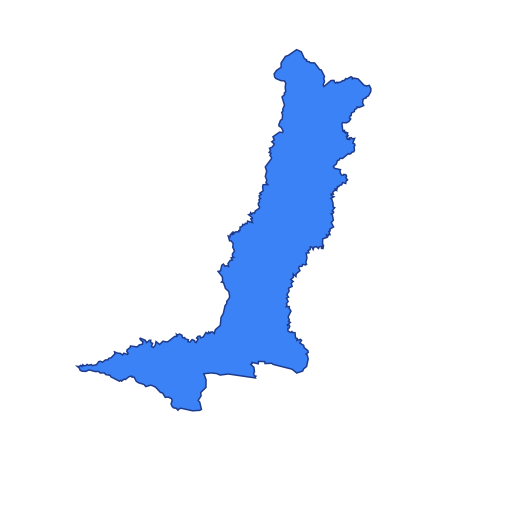 the district of Fundación, Magdalena, Colombia, rotated 312°
{"feature_id": "7082276B77818351082127", "entity_name": "Fundación", "entity_type": "district", "adm_level": 2, "iso_a3": "COL", "parent_name": "Colombia", "parent_adm1": "Magdalena", "projection": "mercator", "projection_center": [-73.904, 10.46], "detail": "fine", "context": "isolated", "style": "filled", "palette": "blue", "viewbox_px": 512, "rotation_deg": 312, "n_neighbors": 0, "source": "geoboundaries", "source_scale": "gbopen_adm2", "svg_char_len": 6100}
<svg xmlns="http://www.w3.org/2000/svg" viewBox="0 0 512 512"><g transform="rotate(312 256 256)"><path d="M207.7,367.5L214.4,363.7L216.6,360.5L216.6,358.8L219.3,359.3L220.4,357.8L220.1,353.2L221.5,351.1L220.6,346.8L223.8,346.3L223.8,344.8L220.6,342.9L222.3,341.9L221.6,340.2L225.1,336.3L223.5,334.2L223.9,333.2L222.2,332.9L221.7,329.9L223.6,328.1L224.5,328.8L226.4,328.1L226.9,326.6L225.4,326.0L225.7,325.4L229.6,325.9L229.2,323.8L230.8,323.6L232.1,320.7L238.5,318.8L239.3,315.6L240.7,314.6L238.5,312.4L240.1,312.0L241.0,310.5L243.7,310.3L245.1,306.8L247.2,307.7L247.9,304.8L252.1,304.1L253.8,301.7L257.6,303.2L259.4,300.3L262.0,300.7L261.7,297.5L265.1,298.0L267.5,295.7L267.4,299.4L269.7,297.8L274.5,298.5L275.6,295.8L277.2,295.1L279.0,297.1L281.0,296.3L282.6,298.9L283.7,299.1L284.3,297.5L288.6,295.2L291.8,291.3L293.8,293.2L294.8,291.1L297.0,291.9L299.0,290.3L300.0,291.2L299.1,294.1L301.2,293.1L303.3,294.5L303.4,297.4L305.1,296.8L307.3,298.6L305.5,299.6L306.4,300.8L309.1,299.0L309.1,297.8L313.3,294.1L317.6,296.4L318.8,294.4L319.3,296.1L320.4,295.5L321.4,296.7L323.0,293.7L324.3,294.3L325.4,292.9L329.5,294.2L331.2,289.6L334.4,289.5L337.7,285.1L337.6,283.7L339.8,284.7L340.8,284.1L340.5,282.4L344.6,282.1L344.0,280.6L346.7,278.0L348.9,274.4L348.9,273.1L352.2,274.2L351.4,271.6L352.1,270.4L353.7,272.1L354.6,270.4L357.5,270.5L358.5,271.9L358.9,270.0L360.0,271.4L362.1,270.0L362.7,271.0L364.9,271.0L366.2,272.1L368.6,271.2L369.9,274.1L372.2,272.7L373.5,272.8L373.7,273.8L374.3,270.3L376.0,269.9L376.5,268.2L375.3,266.6L374.6,267.0L373.5,266.0L373.8,263.6L375.5,261.3L376.7,261.0L373.7,255.7L374.3,253.6L378.2,254.1L381.5,252.6L382.7,253.5L384.8,253.1L386.5,255.1L393.9,256.1L394.0,257.1L395.5,258.0L397.0,257.7L398.9,258.9L400.4,258.5L402.9,255.7L404.4,255.5L405.2,254.4L404.8,252.3L409.4,250.6L407.5,249.1L407.7,247.6L406.1,246.6L405.3,247.8L404.6,246.8L405.7,246.3L403.9,245.7L404.8,244.2L405.9,244.1L405.7,243.2L407.1,243.9L407.3,242.3L408.8,241.9L408.1,239.8L407.2,240.1L407.3,238.5L408.5,237.7L408.0,237.2L407.2,237.8L406.9,237.0L411.8,231.3L413.1,231.1L415.4,234.0L417.9,235.0L421.2,234.7L421.1,233.0L423.1,232.3L424.0,232.8L426.2,231.2L429.2,232.4L431.0,231.3L433.0,232.2L434.5,231.4L435.3,233.2L439.9,235.4L441.2,232.6L444.5,230.6L447.1,232.1L448.0,231.6L450.3,232.4L454.9,231.3L457.2,229.5L458.6,226.0L456.2,224.3L455.2,221.9L455.9,213.4L453.8,209.8L452.1,209.1L453.1,208.2L452.8,206.6L448.5,205.2L448.0,204.0L445.3,204.2L444.5,203.1L441.0,202.2L440.7,201.3L439.2,200.9L439.3,199.8L437.8,199.4L437.7,198.0L438.7,196.5L436.6,194.3L427.4,193.1L428.1,191.4L431.6,190.1L433.1,187.7L435.2,186.8L437.9,180.0L437.1,178.4L438.7,170.4L435.8,166.9L436.0,165.6L434.6,163.2L435.7,162.3L435.0,160.0L438.1,153.0L436.5,148.1L426.7,145.8L424.0,144.3L416.2,145.5L413.0,148.4L407.7,147.1L403.5,147.6L401.5,150.1L401.2,152.0L403.0,157.2L405.2,160.0L404.3,162.5L400.9,164.8L398.0,168.1L396.0,168.0L395.2,169.2L391.6,168.9L387.2,176.2L382.9,177.7L382.1,178.9L379.8,179.1L378.7,181.3L375.2,183.9L373.2,183.4L368.9,185.1L368.0,186.1L368.4,188.6L367.1,192.5L365.6,193.1L363.8,190.6L355.9,188.8L354.6,191.9L351.4,191.3L351.5,194.8L347.5,195.1L345.1,193.9L344.2,196.1L341.7,196.5L342.4,198.4L340.0,199.1L339.7,201.6L338.2,202.4L328.4,203.3L326.2,207.2L321.3,209.7L319.6,213.3L317.1,214.3L317.0,217.0L313.8,213.6L311.8,214.6L309.3,217.7L305.1,216.8L305.2,218.7L302.9,218.0L301.6,219.7L301.8,220.9L299.7,220.6L298.5,222.4L296.6,222.5L295.2,224.1L295.1,225.6L293.6,226.5L288.9,225.3L287.0,226.3L286.1,224.9L284.3,224.8L284.6,223.0L283.1,223.7L281.8,222.9L282.0,227.6L281.3,228.4L280.2,227.3L278.5,231.0L276.3,226.4L274.1,227.7L273.1,226.2L271.4,226.6L270.7,225.0L268.4,225.9L266.8,224.8L264.3,226.9L263.4,226.2L262.6,227.0L260.0,224.5L258.8,224.6L258.4,222.8L256.8,222.7L257.8,224.3L256.9,224.6L254.7,222.6L252.9,223.8L252.3,222.0L249.6,226.2L250.6,227.4L250.0,230.7L246.9,232.9L245.4,236.6L241.6,237.2L239.9,239.0L240.1,240.3L238.0,238.8L237.1,241.1L235.4,239.8L231.7,240.2L229.9,242.6L229.1,240.6L227.6,239.8L228.2,237.2L226.2,236.8L221.2,239.6L219.2,238.1L218.0,244.9L215.2,247.9L213.5,247.8L214.5,249.6L211.4,255.1L211.4,259.5L208.4,263.4L206.8,264.3L202.8,264.6L200.9,266.1L198.4,266.2L191.4,270.2L187.0,271.1L180.5,275.9L174.0,275.1L170.5,276.9L170.6,274.7L169.3,273.3L167.7,273.4L167.9,271.7L166.0,272.2L165.7,270.0L160.6,271.0L158.1,269.5L159.0,267.9L157.6,266.7L155.3,266.7L155.5,268.5L151.6,269.5L151.2,268.4L152.0,267.0L151.2,264.4L147.8,264.5L146.8,262.7L148.5,261.8L147.0,258.7L147.7,257.6L146.1,256.1L147.6,253.9L146.8,251.3L144.7,250.6L144.6,249.3L143.3,251.0L141.8,249.4L133.8,248.0L132.1,246.9L130.5,243.9L125.8,243.5L125.5,239.0L122.2,240.9L119.3,240.9L118.9,238.8L121.9,237.6L121.3,235.4L123.0,234.2L122.1,233.2L118.4,232.7L119.3,230.0L117.5,225.0L116.8,225.1L116.3,227.2L116.7,229.3L114.5,230.6L111.7,228.7L109.0,228.6L105.1,222.9L103.8,223.7L99.8,223.0L98.6,223.9L98.1,226.1L96.9,226.4L95.3,222.8L93.2,223.1L92.8,220.1L91.3,218.4L90.1,215.0L88.9,216.6L83.4,216.4L81.4,215.1L79.7,215.4L77.9,213.6L74.5,213.1L73.5,210.6L72.1,209.8L68.5,210.2L65.0,207.7L65.1,206.2L62.6,204.6L62.4,203.0L61.0,203.0L59.3,201.6L59.3,200.0L57.4,200.6L57.4,198.9L55.6,198.7L54.4,197.0L54.5,199.6L53.4,201.8L54.1,203.9L56.4,206.8L59.6,208.1L62.7,214.1L64.9,216.2L64.8,218.5L67.6,221.4L67.4,223.8L69.7,227.4L69.1,229.0L71.6,238.3L73.1,238.6L73.1,239.9L76.2,240.3L76.8,241.6L81.3,242.3L83.6,244.0L83.0,244.9L84.4,246.5L82.8,250.8L83.1,253.3L85.6,258.7L85.2,261.5L89.5,264.1L90.4,265.9L91.3,269.1L90.7,276.2L91.7,278.3L90.2,283.1L92.5,285.3L93.4,288.8L92.4,290.4L89.2,291.9L88.0,294.4L88.1,296.6L89.5,298.6L89.2,301.2L91.4,301.2L92.8,302.3L98.5,312.4L103.7,317.5L105.5,318.1L109.7,312.0L110.0,309.6L115.3,308.8L117.5,306.3L124.9,306.7L130.7,301.6L133.6,296.0L139.0,300.8L142.3,305.4L143.5,309.0L149.8,314.4L165.0,337.2L165.5,336.2L166.6,336.3L165.9,334.8L167.3,332.6L168.9,332.4L171.9,328.9L171.9,324.6L173.5,325.0L174.3,324.3L177.4,329.8L179.3,328.4L183.4,333.1L182.1,334.7L186.7,339.3L187.0,341.4L196.0,358.5L196.3,364.6L201.8,367.7L203.9,366.9L207.7,367.5Z" fill="#3b82f6" stroke="#1e3a8a" stroke-width="1.5"/></g></svg>